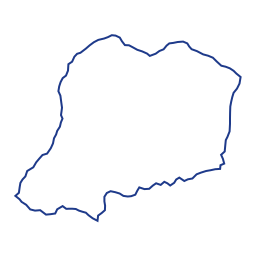 Pontalinda, São Paulo, Brazil (Albers equal-area conic projection)
{"feature_id": "56859067B7961843584792", "entity_name": "Pontalinda", "entity_type": "district", "adm_level": 2, "iso_a3": "BRA", "parent_name": "Brazil", "parent_adm1": "São Paulo", "projection": "albers", "projection_center": [-50.529, -20.453], "detail": "fine", "context": "isolated", "style": "outline", "palette": "blue", "viewbox_px": 256, "rotation_deg": 0, "n_neighbors": 0, "source": "geoboundaries", "source_scale": "gbopen_adm2", "svg_char_len": 1810}
<svg xmlns="http://www.w3.org/2000/svg" viewBox="0 0 256 256"><path d="M97.5,220.8L98.1,215.6L101.7,213.0L104.9,210.2L105.1,205.7L104.4,201.4L104.4,196.8L106.8,193.0L110.6,191.2L115.3,192.2L119.6,193.5L123.4,195.9L127.7,196.5L131.1,196.2L135.3,194.7L137.3,190.7L139.3,187.4L144.4,189.1L149.2,188.8L152.8,185.6L156.1,183.3L160.7,184.9L164.3,181.8L167.4,183.3L170.2,185.5L174.2,182.8L176.2,179.5L179.3,177.6L184.3,181.0L187.9,179.3L192.4,178.5L196.6,174.3L201.0,172.6L206.1,171.0L210.7,170.2L215.3,169.2L220.1,168.9L220.5,165.2L224.2,163.6L222.9,158.8L221.1,154.8L224.7,151.5L225.2,146.2L225.8,140.1L227.4,137.0L229.6,131.4L230.0,123.9L230.0,117.9L230.1,112.2L230.3,106.5L231.2,101.7L232.3,97.0L233.6,92.8L237.0,88.6L239.5,83.6L240.6,77.0L236.3,73.5L233.6,70.8L229.8,68.3L225.6,66.7L221.3,65.7L216.6,61.4L212.9,57.7L208.1,55.7L203.2,54.4L196.9,51.1L191.6,49.2L189.2,46.5L187.3,43.4L183.1,41.6L177.7,42.0L173.3,42.9L169.3,43.4L166.6,45.6L163.6,49.3L159.4,51.0L155.7,53.7L149.8,55.9L147.1,53.6L142.2,51.4L137.3,49.8L132.6,47.2L129.0,45.3L124.9,45.1L121.9,41.2L119.8,37.6L115.6,35.6L111.8,35.2L108.0,37.1L104.2,38.5L98.3,39.9L93.9,42.2L89.7,45.3L85.9,48.6L80.4,52.8L77.1,53.8L74.4,56.7L72.1,61.7L68.4,64.2L68.0,70.6L66.0,75.6L62.7,78.1L60.6,82.1L59.2,86.4L58.4,91.2L60.4,95.7L61.1,101.1L62.0,107.7L61.5,111.5L61.0,115.1L62.5,118.6L60.9,122.4L59.9,126.7L57.2,130.9L56.1,134.5L54.0,138.3L53.0,143.4L50.8,148.2L47.1,153.6L42.5,155.0L39.4,158.5L36.2,162.3L33.3,167.3L27.2,171.0L25.4,176.4L22.5,179.5L20.4,182.9L19.7,187.0L18.9,192.8L15.4,195.9L19.5,199.2L21.6,201.9L26.2,204.8L30.2,209.4L35.0,210.6L40.2,210.2L46.0,214.6L50.5,214.2L55.2,213.5L57.2,209.3L62.6,206.1L66.2,208.8L71.8,208.7L75.8,209.0L78.9,210.6L82.3,211.7L85.9,212.7L88.5,215.2L92.7,218.3L97.5,220.8Z" fill="none" stroke="#1e3a8a" stroke-width="2"/></svg>